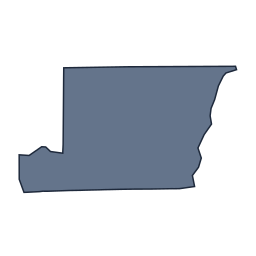 Obion, Tennessee, United States of America, rotated 178°
{"feature_id": "52423323B36027695230289", "entity_name": "Obion", "entity_type": "district", "adm_level": 2, "iso_a3": "USA", "parent_name": "United States of America", "parent_adm1": "Tennessee", "projection": "mercator", "projection_center": [-89.125, 36.354], "detail": "fine", "context": "isolated", "style": "filled", "palette": "slate", "viewbox_px": 256, "rotation_deg": 178, "n_neighbors": 0, "source": "geoboundaries", "source_scale": "gbopen_adm2", "svg_char_len": 692}
<svg xmlns="http://www.w3.org/2000/svg" viewBox="0 0 256 256"><g transform="rotate(178 128 128)"><path d="M190.5,181.8L193.4,113.9L194.1,105.1L206.3,107.2L210.9,111.9L214.9,112.3L227.8,104.0L237.7,105.0L238.5,80.5L234.2,67.3L231.7,67.3L218.6,67.5L215.3,67.8L210.4,67.6L189.0,67.6L177.3,67.4L175.1,67.4L173.9,67.4L165.9,67.3L158.0,67.2L153.6,67.2L147.7,67.1L138.7,67.0L137.9,67.0L123.6,66.7L107.8,66.2L85.5,65.8L84.4,65.7L78.5,65.6L63.5,67.2L65.3,78.3L58.9,86.3L55.8,95.4L58.8,105.6L52.1,118.8L44.4,129.0L45.5,137.3L44.3,144.7L40.4,153.4L36.2,166.9L31.0,176.6L28.1,179.6L17.5,182.5L18.4,185.9L126.5,189.2L190.1,190.4L190.5,181.8Z" fill="#64748b" stroke="#1e293b" stroke-width="1.5"/></g></svg>